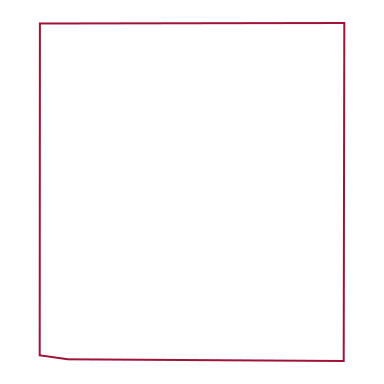 outline of Kent, Texas, United States of America
{"feature_id": "52423323B63007180209639", "entity_name": "Kent", "entity_type": "district", "adm_level": 2, "iso_a3": "USA", "parent_name": "United States of America", "parent_adm1": "Texas", "projection": "equal_earth", "projection_center": [-100.828, 33.18], "detail": "fine", "context": "isolated", "style": "outline", "palette": "rose", "viewbox_px": 384, "rotation_deg": 0, "n_neighbors": 0, "source": "geoboundaries", "source_scale": "gbopen_adm2", "svg_char_len": 204}
<svg xmlns="http://www.w3.org/2000/svg" viewBox="0 0 384 384"><path d="M39.9,23.5L39.7,355.3L68.0,359.3L263.7,360.5L343.7,361.0L344.3,23.0L39.9,23.5Z" fill="none" stroke="#9f1239" stroke-width="2"/></svg>